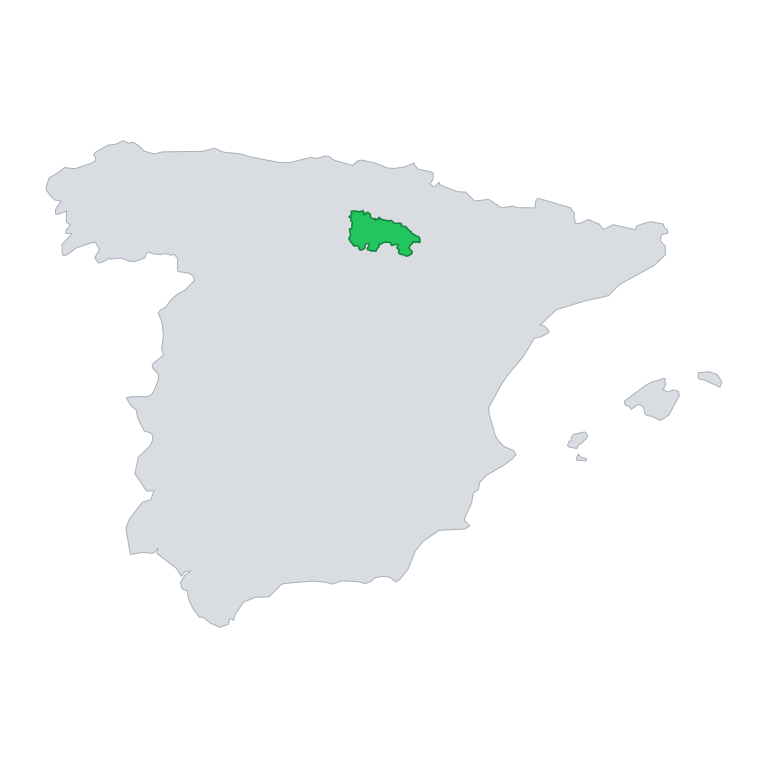 where La Rioja sits in Spain
{"feature_id": "ESP-5828", "entity_name": "La Rioja", "entity_type": "Autonomous Community", "adm_level": 1, "iso_a3": "ESP", "parent_name": "Spain", "parent_adm1": "", "projection": "natural_earth1", "projection_center": [-2.502, 42.281], "detail": "fine", "context": "in_parent", "style": "filled", "palette": "green", "viewbox_px": 768, "rotation_deg": 0, "n_neighbors": 0, "source": "natural_earth", "source_scale": "10m", "svg_char_len": 7473}
<svg xmlns="http://www.w3.org/2000/svg" viewBox="0 0 768 768"><path d="M414.5,163.0L414.6,165.2L418.5,169.3L430.5,171.8L433.5,173.5L432.9,179.2L430.1,184.0L432.7,186.2L435.5,186.1L439.0,182.2L439.8,184.7L445.2,187.1L457.2,191.6L465.7,192.2L474.5,201.0L488.7,199.4L501.6,207.9L513.6,206.0L516.3,207.7L534.9,207.9L535.8,200.9L538.0,198.2L570.5,207.8L574.5,213.7L573.9,216.7L575.7,223.6L579.9,223.4L588.4,219.5L599.5,224.3L602.5,228.6L604.8,228.9L613.0,224.7L635.5,229.7L636.4,226.4L637.9,225.5L647.3,222.5L651.2,221.8L663.2,224.0L664.7,228.0L667.1,229.5L668.1,232.9L661.2,235.0L660.5,240.9L665.0,245.9L665.7,254.5L653.8,265.6L619.6,284.5L608.4,295.7L582.7,301.5L556.2,309.8L540.4,324.9L544.5,326.1L549.3,331.2L547.8,333.4L540.9,336.9L534.7,337.9L523.2,356.5L507.3,375.7L501.4,384.4L489.0,406.8L488.9,413.2L495.3,435.6L499.0,441.4L504.0,446.4L513.6,450.6L516.0,454.7L512.7,458.6L503.2,465.6L486.7,475.1L479.7,482.5L478.3,489.7L473.4,493.0L471.6,503.1L465.0,517.1L464.6,520.8L469.8,525.8L464.7,529.0L439.1,530.3L423.2,541.2L415.3,551.0L408.1,569.1L399.4,579.8L395.5,581.8L389.5,577.1L382.0,576.4L374.8,577.9L370.9,581.6L365.0,583.7L359.2,581.9L346.6,580.9L341.0,581.1L332.2,584.1L324.7,582.1L312.1,581.1L284.6,583.5L281.1,584.6L268.9,596.9L255.6,597.2L243.5,602.1L235.3,614.0L233.7,620.4L231.3,618.8L229.5,619.4L228.5,624.2L220.1,627.3L210.8,623.3L203.1,617.4L199.1,617.0L192.5,607.8L189.8,601.9L187.8,595.6L187.7,591.2L181.9,588.6L180.5,582.8L184.9,575.3L190.6,571.1L185.3,571.5L181.4,576.3L176.6,568.6L156.9,553.4L158.0,548.1L154.6,552.1L152.3,553.2L142.2,552.5L130.4,554.4L125.9,528.7L129.0,519.7L142.4,502.2L150.7,499.7L154.1,490.7L146.6,491.1L134.9,473.7L138.2,457.5L150.3,445.4L152.4,440.4L152.9,436.0L150.7,432.8L144.2,431.0L137.7,418.2L136.3,410.2L130.9,405.7L126.4,397.9L130.6,396.7L147.5,396.6L151.6,394.6L154.7,389.2L158.1,380.5L158.9,375.2L152.4,367.6L152.2,366.0L153.2,363.5L163.6,355.0L161.6,348.7L163.4,335.5L162.7,327.7L161.7,321.4L158.3,313.2L160.6,309.8L166.0,307.0L170.4,300.3L176.7,294.7L184.9,290.2L194.5,280.4L193.1,276.0L189.8,273.5L178.2,271.5L177.4,269.6L177.6,258.9L174.7,254.6L170.4,255.1L164.0,253.3L162.4,254.5L154.2,254.1L148.4,252.2L146.0,253.8L145.2,257.6L135.5,261.4L130.0,261.3L121.1,258.0L111.0,259.1L109.8,258.3L101.0,262.7L98.2,262.8L94.7,257.6L99.5,249.9L95.6,242.7L92.9,242.4L76.7,247.7L67.2,254.7L63.5,255.6L62.2,254.4L62.0,244.4L72.0,233.9L65.8,233.2L66.2,230.1L70.3,225.3L66.3,221.6L66.6,211.0L57.7,214.4L55.5,213.9L55.5,209.6L61.1,201.1L55.4,200.1L51.3,196.9L46.1,189.9L46.2,186.2L49.2,177.6L56.9,173.5L64.5,167.6L74.8,168.7L90.2,163.7L95.6,161.0L95.5,157.4L93.7,154.8L95.4,152.3L108.0,145.1L115.5,144.3L123.2,140.7L128.3,143.1L132.8,142.3L137.8,145.0L144.5,151.3L154.4,153.9L162.3,151.9L202.9,151.3L214.4,148.2L223.3,152.1L240.6,153.9L250.9,157.1L279.7,162.5L290.0,162.6L311.0,157.3L316.7,158.6L325.1,156.0L329.1,156.6L334.3,160.3L352.7,165.3L357.5,161.0L361.1,160.1L374.3,162.7L387.7,168.0L394.6,168.4L404.8,166.9L414.5,163.0ZM663.3,389.8L668.2,391.9L673.2,390.0L675.9,390.6L678.6,391.6L679.3,395.6L668.8,415.2L660.3,420.5L651.5,416.3L646.4,415.3L644.9,413.7L643.6,407.4L641.3,405.4L637.9,404.5L631.2,409.4L629.1,406.1L625.9,405.5L624.6,403.5L624.6,400.9L645.1,385.7L651.1,382.3L663.8,378.4L665.7,379.0L664.1,381.3L665.9,383.5L663.3,389.8ZM721.9,381.8L720.0,387.2L704.4,380.0L699.4,379.2L698.1,378.1L698.5,372.6L708.8,371.8L717.3,374.5L721.9,381.8ZM578.6,444.6L576.9,448.5L569.2,447.1L567.5,445.6L569.1,441.2L571.2,440.7L571.3,437.5L573.6,434.4L584.5,431.9L587.0,434.0L587.5,437.1L581.1,443.8L578.6,444.6ZM586.3,460.2L585.2,461.0L576.8,460.2L576.6,457.7L578.3,454.1L581.4,457.7L586.3,458.3L586.3,460.2Z" fill="#d9dde1" stroke="#a8b0b8" stroke-width="1"/><path d="M384.3,219.9L385.4,220.1L387.4,220.8L390.6,220.4L391.2,220.5L392.6,221.5L393.0,221.9L393.6,222.6L394.2,223.1L395.0,223.3L395.9,223.4L399.2,223.2L400.7,223.3L401.7,224.2L401.5,224.5L401.2,224.9L401.0,225.1L401.7,226.0L402.9,226.4L405.6,226.4L409.4,230.7L411.3,231.9L411.4,232.3L411.3,232.7L411.3,233.2L411.6,233.6L411.9,233.7L412.6,233.6L413.0,233.6L413.4,233.9L414.6,235.0L417.0,236.3L418.1,236.5L419.5,237.5L419.5,238.8L419.8,239.3L420.0,239.7L419.9,240.0L419.8,240.3L419.8,240.6L419.9,241.2L420.1,241.7L420.0,242.1L419.7,242.4L419.2,242.5L418.8,242.5L417.7,242.0L417.2,241.8L416.7,241.9L415.7,242.3L415.3,242.3L414.8,242.2L414.2,241.9L413.7,241.8L413.3,241.9L413.0,242.2L412.8,242.6L412.7,243.0L412.4,243.4L411.6,244.0L409.7,246.3L409.5,246.7L409.4,247.2L409.4,247.6L409.4,248.2L409.6,248.8L409.9,249.4L411.8,251.0L412.2,252.2L412.1,252.4L411.6,253.9L409.7,254.9L409.3,255.2L408.4,255.7L407.9,255.9L407.3,256.0L406.1,256.1L405.6,256.0L405.1,255.6L404.6,255.2L403.4,254.7L402.5,254.7L399.8,254.0L399.3,253.7L399.0,253.3L398.7,252.4L398.7,252.0L398.8,251.6L399.0,251.3L399.2,251.1L399.3,251.0L399.3,250.9L399.2,250.5L398.7,249.6L397.5,248.7L397.2,248.3L397.1,247.9L397.0,247.4L397.1,247.0L397.4,246.7L397.8,246.5L398.1,246.2L398.4,245.8L398.4,245.3L398.1,245.0L397.6,244.7L396.9,244.5L396.0,244.4L395.1,244.5L392.3,245.4L391.7,245.4L391.3,245.1L391.0,244.6L390.8,244.2L390.8,243.7L390.6,243.3L390.5,242.9L390.2,242.6L389.8,242.4L387.2,242.1L384.1,242.4L382.7,242.8L382.1,243.3L381.0,244.1L380.5,244.3L379.5,244.1L379.2,244.1L379.1,244.4L379.0,244.9L379.0,245.9L378.9,246.7L378.6,247.1L378.4,247.3L378.1,247.5L377.8,247.7L377.5,248.1L377.3,248.6L376.8,249.6L376.2,250.4L376.1,250.7L376.0,250.9L376.0,251.0L375.1,251.1L373.7,250.9L371.9,251.0L371.6,251.1L371.1,251.0L370.1,250.3L369.6,250.1L369.0,250.0L368.2,250.0L367.5,249.6L367.3,249.2L367.3,248.8L367.5,248.3L367.7,247.9L367.8,247.4L368.0,247.0L368.6,246.4L368.9,246.0L369.1,245.1L369.1,244.7L369.0,244.3L368.8,243.9L368.4,243.7L367.9,243.5L366.6,243.6L366.0,244.0L365.4,244.7L365.2,245.2L365.0,245.7L364.8,246.2L364.8,246.6L364.9,247.0L364.9,247.5L364.6,248.1L364.1,248.6L362.7,249.4L361.2,250.1L359.2,249.6L358.9,247.4L358.6,247.1L358.5,246.6L358.3,246.2L358.0,245.9L357.6,245.7L357.2,245.7L356.7,245.8L356.0,245.9L355.3,245.9L354.9,245.9L354.2,245.9L353.5,245.5L353.0,244.8L352.8,244.4L352.6,243.9L352.0,243.2L351.3,242.7L350.9,242.4L350.6,241.6L350.4,241.1L348.8,238.7L348.8,238.4L349.4,237.9L349.7,237.4L350.3,235.4L350.4,234.7L350.4,234.1L350.4,233.7L350.3,233.2L350.1,232.8L350.0,232.3L349.9,231.8L349.9,230.7L349.8,230.2L349.6,229.9L349.4,229.5L349.4,229.2L349.9,229.0L350.9,228.8L351.2,228.5L352.0,227.2L352.0,226.7L351.9,226.3L351.9,225.8L351.9,224.4L352.3,223.1L352.4,222.7L352.2,222.3L352.0,221.9L351.8,221.5L351.6,221.2L350.8,220.7L350.7,220.3L350.8,219.7L351.2,219.0L351.3,218.4L351.3,217.9L351.2,217.5L351.0,217.2L350.6,217.2L350.1,217.3L349.7,217.5L349.3,217.4L349.1,217.2L349.2,216.7L350.7,215.2L350.9,214.8L351.2,214.4L351.5,214.0L351.8,213.5L351.8,213.1L351.6,212.6L351.1,211.9L351.2,211.5L352.0,211.1L354.1,210.9L357.4,211.3L358.1,211.6L359.5,211.8L362.9,210.7L362.9,211.3L363.0,212.1L363.3,212.6L363.9,212.2L364.1,212.8L364.0,213.1L363.4,213.7L363.4,214.1L363.7,214.5L364.1,214.7L364.4,214.6L365.1,214.3L365.7,214.4L366.1,213.4L366.3,212.9L366.6,212.6L367.4,212.3L368.0,212.5L369.7,213.6L370.2,214.1L370.4,214.6L370.4,215.1L370.3,215.5L370.3,216.4L370.5,217.4L370.9,217.4L371.3,217.7L373.1,218.9L373.8,219.2L374.1,218.9L374.4,218.7L374.9,218.6L375.4,219.0L375.5,219.9L376.1,219.4L376.8,219.1L377.6,219.0L378.5,219.1L378.4,218.9L378.2,218.7L378.4,218.2L378.7,217.8L379.1,217.5L379.6,217.4L380.0,218.5L381.5,219.3L383.2,219.8L384.3,219.9Z" fill="#22c55e" stroke="#15803d" stroke-width="1.5"/></svg>